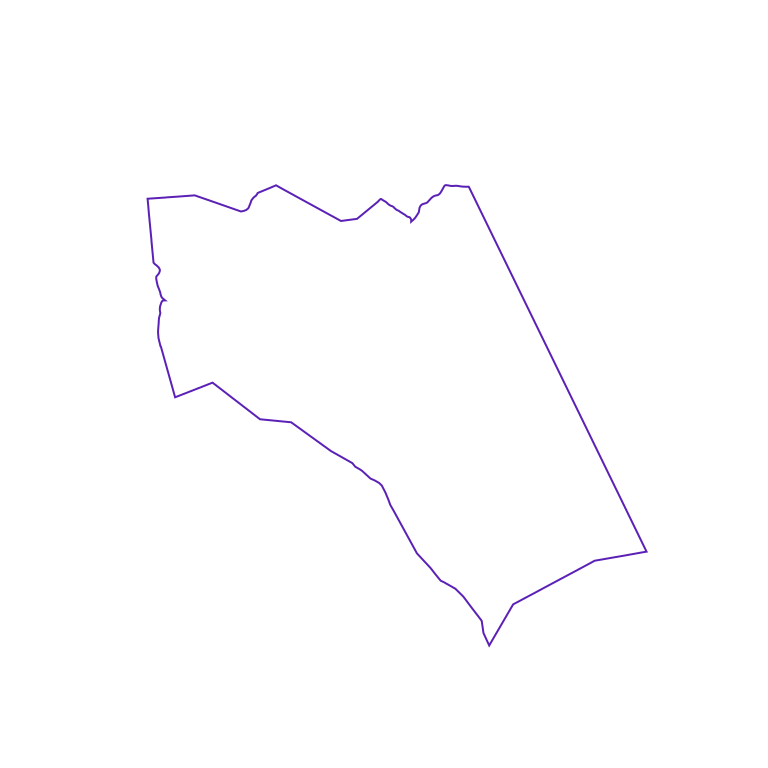 the district of Santmargac, Dzavhan, Mongolia, rotated 236°
{"feature_id": "93677404B94621448134169", "entity_name": "Santmargac", "entity_type": "district", "adm_level": 2, "iso_a3": "MNG", "parent_name": "Mongolia", "parent_adm1": "Dzavhan", "projection": "equal_earth", "projection_center": [95.33, 48.6], "detail": "fine", "context": "isolated", "style": "outline", "palette": "violet", "viewbox_px": 768, "rotation_deg": 236, "n_neighbors": 0, "source": "geoboundaries", "source_scale": "gbopen_adm2", "svg_char_len": 3069}
<svg xmlns="http://www.w3.org/2000/svg" viewBox="0 0 768 768"><g transform="rotate(236 384 384)"><path d="M669.8,291.6L662.5,287.6L656.6,284.3L633.2,271.6L632.8,271.3L613.5,260.8L611.8,261.0L610.8,261.3L609.4,261.8L608.5,262.0L607.5,262.2L606.6,262.4L605.3,262.3L604.2,262.1L603.1,261.4L602.4,260.5L601.6,259.3L601.0,257.5L600.7,256.4L600.5,255.5L600.1,255.1L599.4,254.5L598.4,253.9L596.8,253.2L594.1,252.1L592.0,251.3L588.3,250.5L586.3,250.0L585.1,249.7L583.3,248.9L582.2,248.6L580.8,248.2L579.8,248.3L579.1,248.3L575.7,249.3L576.4,248.2L576.7,247.6L576.7,247.0L576.7,246.5L576.7,246.1L575.9,244.8L573.6,241.8L571.6,240.1L569.9,239.1L568.8,238.6L568.0,238.3L567.1,237.4L564.8,234.7L562.6,232.8L560.8,231.5L557.3,228.7L554.5,226.5L552.6,225.2L550.4,224.0L548.1,222.7L544.6,221.4L540.8,220.0L540.3,219.8L539.9,220.0L489.8,203.4L481.0,242.6L424.1,261.5L404.2,285.6L358.1,302.5L336.1,313.5L331.5,313.9L327.1,316.1L324.1,317.3L313.2,319.9L309.2,322.4L304.7,324.6L301.0,325.4L297.7,325.0L293.4,324.5L285.0,322.8L280.3,321.6L273.5,321.1L225.2,316.6L216.1,318.0L205.4,319.7L198.0,320.2L192.3,320.7L189.2,321.0L186.4,322.7L180.6,325.6L174.3,328.7L163.2,330.9L149.0,331.6L134.3,332.5L132.9,332.5L121.9,327.2L108.4,325.0L128.2,366.0L128.4,366.4L129.1,367.9L122.3,433.8L121.2,444.6L119.7,459.8L116.1,467.8L113.3,474.1L107.7,486.5L104.4,494.0L102.8,497.6L100.2,503.5L98.2,507.9L500.1,564.6L503.3,560.0L505.4,557.6L506.9,556.0L507.5,555.3L508.2,554.3L510.0,551.3L510.9,550.1L512.8,548.2L513.6,547.3L514.0,546.9L514.3,546.4L514.5,545.9L514.5,545.1L514.3,544.5L511.8,539.6L511.1,538.0L510.7,537.0L510.5,535.9L510.5,534.8L510.5,534.2L510.8,533.6L511.2,532.6L511.7,531.2L511.8,530.5L511.9,528.9L511.7,527.1L510.7,523.0L510.4,521.9L510.3,521.2L510.4,520.4L510.6,519.6L511.1,517.9L511.3,517.5L511.5,516.7L511.6,516.0L511.5,515.1L511.5,514.7L511.4,514.3L510.9,513.2L510.5,512.4L510.1,511.9L509.7,511.5L508.6,510.5L508.0,509.9L507.1,509.1L506.4,507.8L504.6,503.5L504.0,501.5L503.8,500.5L503.6,499.2L503.6,498.7L503.4,497.3L504.4,498.0L504.8,498.3L505.4,498.5L506.1,498.6L507.1,498.6L507.7,498.5L508.1,498.4L508.6,497.8L509.1,497.4L509.6,497.0L510.1,496.8L510.8,496.5L511.5,496.3L512.5,496.0L514.0,495.3L515.3,494.7L518.3,493.4L519.3,493.1L519.8,492.8L520.5,492.3L521.2,491.9L522.3,491.5L523.5,491.2L524.4,491.0L525.6,490.8L526.2,490.6L527.5,489.7L528.0,489.3L528.7,488.9L529.6,488.5L530.2,488.3L531.2,488.0L532.3,487.8L534.1,487.3L535.7,486.5L536.6,486.1L537.3,485.7L538.0,485.5L538.5,485.3L538.8,485.2L539.1,484.9L539.3,484.3L538.7,481.4L538.6,481.0L538.6,480.6L538.5,480.4L536.0,454.0L543.2,439.5L577.3,421.9L603.5,408.4L609.1,405.6L609.7,402.3L611.1,395.3L611.2,394.8L613.0,386.1L612.6,385.3L612.2,384.6L612.0,383.8L611.7,383.2L611.7,382.2L611.6,381.1L611.6,380.5L611.1,378.8L610.7,377.6L610.2,376.4L609.2,375.3L607.7,373.1L607.2,372.3L606.7,371.6L605.9,370.5L605.5,369.3L605.4,368.1L605.3,367.1L605.6,365.9L605.9,364.6L607.0,361.9L635.0,341.0L635.5,340.6L646.2,332.6L654.5,318.1L660.3,308.1L660.4,307.8L663.0,303.3L669.8,291.6Z" fill="none" stroke="#5b21b6" stroke-width="2"/></g></svg>